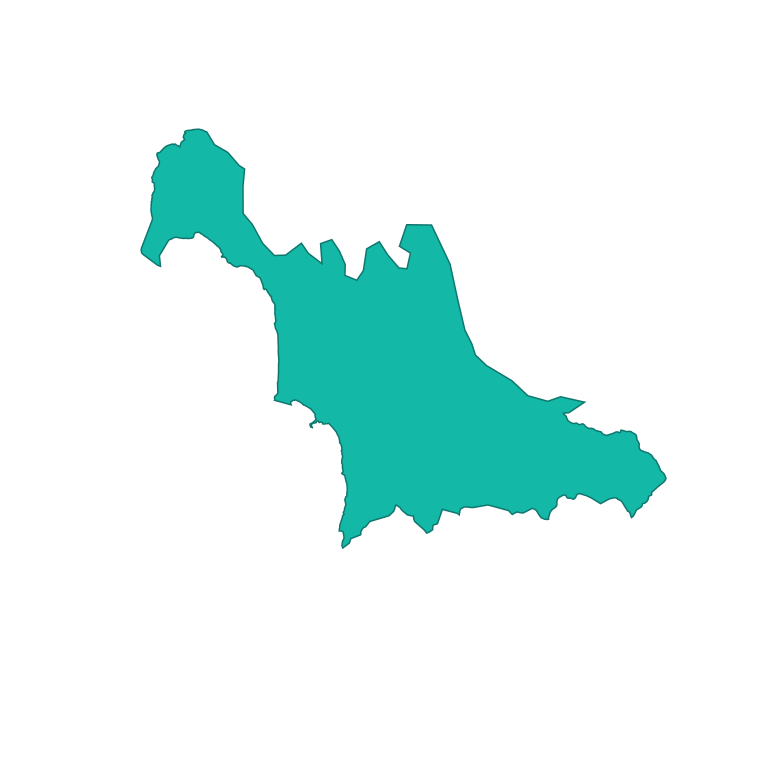 the district of Sekondi Takoradi Metropolis, Western, Ghana, rotated 112°
{"feature_id": "2480657B3368374944964", "entity_name": "Sekondi Takoradi Metropolis", "entity_type": "district", "adm_level": 2, "iso_a3": "GHA", "parent_name": "Ghana", "parent_adm1": "Western", "projection": "robinson", "projection_center": [-1.732, 4.961], "detail": "fine", "context": "isolated", "style": "filled", "palette": "teal", "viewbox_px": 768, "rotation_deg": 112, "n_neighbors": 0, "source": "geoboundaries", "source_scale": "gbopen_adm2", "svg_char_len": 6149}
<svg xmlns="http://www.w3.org/2000/svg" viewBox="0 0 768 768"><g transform="rotate(112 384 384)"><path d="M415.1,104.5L413.2,103.4L409.7,102.9L407.4,102.9L405.9,102.5L402.1,99.7L400.7,99.1L398.1,99.5L396.6,97.4L394.6,96.3L392.5,95.9L390.5,96.1L389.5,96.5L388.7,96.3L386.9,94.4L386.0,94.4L385.0,95.1L384.2,95.2L376.9,91.7L370.2,87.9L368.4,87.3L367.0,87.2L365.8,87.2L363.0,89.9L362.2,91.1L360.5,95.3L357.9,97.6L353.0,103.2L352.6,104.9L351.5,106.9L349.8,109.2L348.9,113.3L349.3,116.8L349.3,120.7L348.7,122.4L346.7,124.0L344.2,124.8L343.0,125.8L340.7,128.8L338.4,129.9L336.8,131.3L336.2,133.2L336.2,135.0L335.6,137.2L335.8,138.4L337.3,141.3L337.7,146.0L338.2,147.1L340.0,146.7L340.9,147.6L341.0,148.4L340.9,149.6L341.6,150.9L344.6,153.8L348.3,158.4L348.5,160.8L348.3,162.7L347.1,164.7L347.8,170.3L347.1,172.9L347.3,175.0L348.3,176.9L348.4,178.9L347.6,181.9L346.9,182.8L346.5,184.1L346.5,184.9L348.4,187.4L348.6,188.1L348.1,190.8L349.7,193.5L349.9,196.0L349.1,199.8L348.3,200.4L347.3,201.7L345.6,203.1L344.9,205.5L343.8,206.6L341.4,201.9L325.7,191.2L329.7,215.5L338.7,225.7L341.0,246.2L333.1,266.6L328.5,296.0L322.9,310.1L313.8,317.7L303.6,329.3L276.5,348.4L248.2,367.6L218.8,399.5L227.8,422.6L250.5,421.3L252.7,408.5L268.6,405.9L270.8,413.6L262.9,428.9L253.8,441.7L265.2,450.7L286.7,445.6L298.0,448.1L298.0,460.9L287.8,464.7L277.6,475.0L269.7,486.5L277.6,495.4L295.7,486.5L291.2,503.1L284.4,513.3L301.4,523.5L305.9,533.8L299.1,549.1L285.5,565.7L278.7,578.5L253.8,588.7L236.9,593.8L235.7,600.2L227.8,615.6L225.6,630.9L216.7,642.7L216.6,643.1L216.8,644.3L216.5,647.5L217.1,651.1L219.5,656.1L221.0,658.1L222.6,661.3L223.7,662.6L224.4,663.2L225.4,662.9L225.6,662.1L226.0,661.8L226.4,662.3L227.7,662.9L230.6,662.5L231.3,661.0L232.2,660.4L233.0,661.1L233.4,661.1L235.8,662.4L236.9,662.5L240.6,662.2L240.4,662.9L240.5,663.6L240.3,664.1L240.4,664.4L240.2,666.3L239.7,667.1L240.1,668.2L240.8,668.6L240.6,669.3L241.0,670.5L244.4,674.4L245.9,675.5L247.3,676.3L253.5,678.7L254.3,680.2L255.0,680.7L255.6,680.8L256.5,680.1L256.9,680.3L260.2,677.5L261.8,675.5L263.5,675.0L263.9,675.1L264.2,674.8L266.1,674.9L266.7,674.7L269.9,676.4L272.1,676.3L272.8,676.6L274.9,676.7L275.1,676.4L277.2,676.3L279.5,676.7L281.4,675.2L283.4,674.6L283.7,673.8L283.7,672.6L284.5,671.9L286.1,671.3L288.4,670.0L291.0,669.2L292.3,669.5L292.7,669.4L293.1,669.7L296.2,669.7L297.7,668.8L298.7,668.5L299.0,668.7L300.8,668.1L301.1,667.8L301.8,667.7L302.1,668.0L302.4,667.7L303.1,667.7L305.3,666.7L305.5,666.9L306.1,666.5L310.1,665.2L314.6,662.5L316.5,661.0L318.7,660.3L348.3,659.8L350.4,659.5L352.9,658.1L354.0,656.4L358.7,638.5L358.6,635.3L349.2,640.3L331.3,637.5L330.2,636.6L329.6,635.7L327.3,633.9L326.4,632.9L326.0,631.7L325.3,630.7L325.4,629.3L324.1,624.2L322.8,621.7L322.9,621.1L322.3,619.7L320.6,616.5L319.1,615.7L316.8,616.1L315.2,616.0L313.8,614.8L312.5,611.9L313.2,610.3L313.1,609.2L314.3,605.3L314.3,604.0L315.0,601.1L315.5,600.0L316.1,596.9L318.0,591.4L318.5,590.6L318.4,589.9L319.3,587.9L320.9,585.3L321.8,585.2L322.4,584.7L323.9,582.1L325.5,581.6L326.5,582.5L327.2,581.7L326.3,580.4L326.0,579.0L326.4,578.6L326.6,577.2L329.2,575.1L329.8,573.9L329.9,572.7L329.4,572.2L330.8,568.0L330.7,564.2L329.5,562.8L328.3,561.8L327.6,560.0L326.9,557.9L327.0,556.5L326.5,556.0L326.6,553.1L327.4,548.1L331.4,543.1L331.9,538.9L334.6,536.0L335.5,535.4L336.3,534.4L337.5,533.7L338.1,532.9L340.7,531.5L341.2,530.5L340.4,530.1L340.3,529.2L340.7,528.2L343.3,524.9L343.9,523.7L345.0,522.5L344.7,521.2L346.1,520.9L349.0,518.4L350.7,515.5L353.0,514.0L353.7,514.1L354.5,513.4L355.0,513.4L355.5,512.8L356.1,513.0L356.9,512.5L360.2,511.4L360.5,510.8L366.9,507.6L367.6,507.7L368.5,508.2L369.3,508.1L370.0,507.6L370.2,507.0L371.7,506.4L372.9,505.6L374.9,503.3L378.0,500.8L385.0,497.8L388.7,496.0L394.0,494.0L402.2,490.0L405.1,489.2L412.3,486.3L420.6,483.4L422.7,483.2L432.3,479.0L434.2,479.5L436.1,480.5L437.5,480.6L439.7,479.2L440.1,479.3L438.1,462.3L437.1,463.2L435.9,463.7L433.9,462.7L433.0,462.0L432.8,461.1L431.9,460.2L432.1,455.7L432.6,453.0L433.2,451.9L433.6,450.5L433.5,448.5L434.5,442.6L436.8,438.1L438.3,436.1L438.9,436.2L441.2,434.8L441.7,433.9L443.5,434.1L447.0,436.0L448.7,437.6L450.0,437.1L451.3,435.8L451.3,434.1L451.0,434.1L449.7,436.2L446.9,435.3L446.3,433.8L445.4,432.6L443.2,432.0L442.9,431.2L444.0,429.7L442.8,428.0L443.0,426.3L443.9,426.0L443.6,424.5L442.8,423.5L442.3,422.2L441.2,420.5L442.8,416.7L446.5,410.0L448.2,408.4L450.4,405.7L452.5,404.5L454.1,403.2L454.9,403.3L456.0,401.3L458.4,399.5L460.0,398.7L462.2,398.4L463.8,396.7L464.7,396.9L465.3,396.1L467.3,394.9L469.3,394.9L473.1,393.6L474.6,392.0L476.4,391.6L480.6,389.0L482.3,389.7L482.9,389.5L483.2,388.3L483.0,387.3L483.8,385.9L487.0,383.8L491.5,380.4L497.1,377.9L498.1,377.9L501.4,376.7L502.3,376.7L502.9,377.1L505.9,377.0L506.9,376.5L507.4,375.9L510.4,374.1L514.3,374.0L515.3,373.5L516.8,373.4L518.3,373.7L520.0,372.2L521.1,373.0L522.5,372.9L523.3,372.6L531.6,372.1L532.8,371.5L535.4,371.0L537.1,370.4L536.5,369.5L536.3,367.7L536.4,366.5L541.7,363.3L545.6,363.5L549.6,362.5L551.5,360.8L544.4,356.5L539.9,356.9L532.5,349.1L529.8,350.1L527.1,349.9L524.7,349.1L523.2,347.5L516.8,345.7L504.3,330.0L498.4,327.3L498.2,327.5L496.4,327.3L493.5,327.7L491.6,327.5L492.5,323.0L494.3,320.3L496.6,313.4L496.0,309.3L495.3,307.3L498.1,305.8L500.0,304.0L504.2,292.2L506.3,288.5L504.3,286.5L501.0,284.3L497.2,285.6L495.9,285.0L493.6,282.1L478.4,282.9L476.5,267.7L477.1,265.2L473.0,266.2L471.0,266.0L467.8,263.4L466.3,258.9L465.9,257.0L465.1,255.0L457.2,242.3L454.7,221.2L456.9,216.2L452.9,212.9L451.9,207.8L451.3,206.5L443.8,200.0L443.7,197.3L444.2,195.4L448.1,190.0L449.1,188.1L449.2,184.7L448.5,181.9L447.6,180.7L446.5,181.4L441.1,181.9L438.0,181.3L434.0,178.8L432.6,178.4L431.0,178.5L428.8,179.5L426.2,180.0L424.8,179.8L423.3,178.9L420.4,176.6L419.2,175.1L419.2,173.8L420.7,171.8L421.0,170.7L420.0,168.6L419.9,165.3L419.3,164.6L417.8,164.0L414.0,163.6L412.9,162.5L412.3,161.0L411.7,154.4L411.9,149.7L413.8,138.4L406.1,132.0L403.2,127.9L402.8,126.3L402.8,124.6L403.3,124.2L403.4,121.1L404.1,119.2L409.2,112.4L409.6,111.4L410.6,110.7L410.8,108.4L412.3,106.9L413.9,105.8L415.1,104.5Z" fill="#14b8a6" stroke="#0f766e" stroke-width="1.5"/></g></svg>